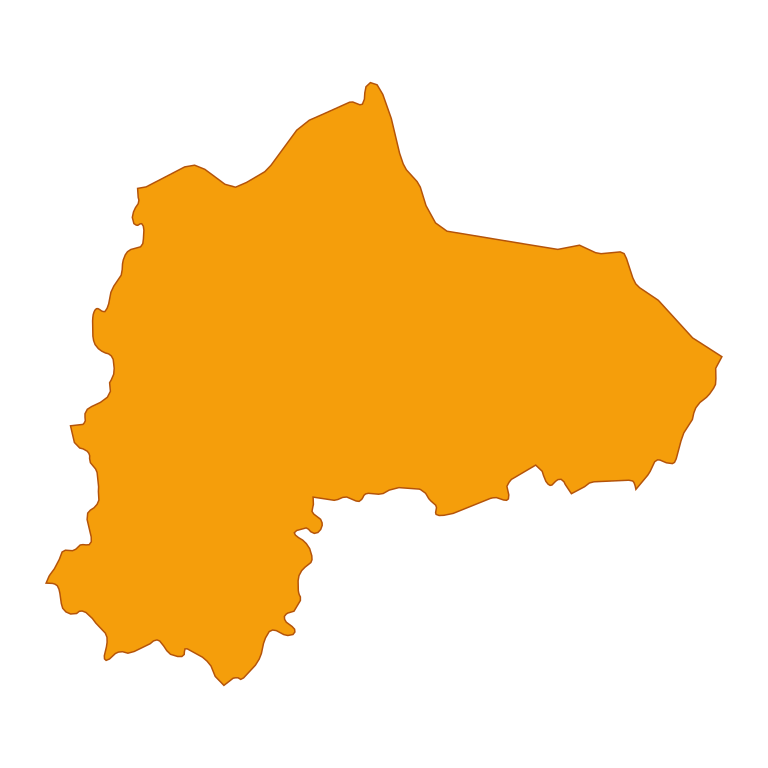 the County of Panevezio
{"feature_id": "LTU-1071", "entity_name": "Panevezio", "entity_type": "County", "adm_level": 1, "iso_a3": "LTU", "parent_name": "Lithuania", "parent_adm1": "", "projection": "albers", "projection_center": [24.625, 55.918], "detail": "fine", "context": "isolated", "style": "filled", "palette": "amber", "viewbox_px": 768, "rotation_deg": 0, "n_neighbors": 0, "source": "natural_earth", "source_scale": "10m", "svg_char_len": 4005}
<svg xmlns="http://www.w3.org/2000/svg" viewBox="0 0 768 768"><path d="M370.4,82.6L377.1,84.8L382.8,94.4L391.3,118.5L399.6,153.3L403.2,163.9L406.4,169.8L417.1,181.6L420.3,187.1L426.0,205.6L435.5,222.9L447.0,231.2L523.9,243.9L557.8,249.4L579.5,245.2L595.6,252.7L601.1,253.7L620.2,251.9L624.1,253.6L626.5,258.6L632.8,277.9L635.7,283.8L639.6,287.7L658.3,300.3L667.8,310.7L692.6,337.9L721.9,356.7L715.7,368.3L715.9,378.6L715.5,384.4L713.6,388.2L709.7,393.8L706.5,397.3L699.9,402.5L695.8,407.8L693.8,413.0L692.4,419.5L683.8,432.9L681.0,440.9L676.2,458.9L674.5,462.4L672.4,463.6L666.4,462.8L660.1,460.1L657.6,459.8L654.7,461.7L650.2,471.3L647.8,475.1L635.9,489.4L635.2,486.1L634.7,484.5L633.9,482.4L632.7,481.0L628.8,480.2L593.9,481.8L589.4,483.0L584.6,486.7L571.4,493.7L565.2,484.4L564.0,481.8L561.1,479.3L557.9,479.6L555.6,481.3L552.0,485.0L550.1,485.4L548.1,484.2L545.9,481.4L543.5,475.5L542.2,471.3L535.7,465.1L511.4,479.4L509.1,482.2L506.9,486.3L508.8,494.9L508.4,498.9L506.6,500.3L503.6,500.0L496.5,497.6L492.9,497.8L490.4,498.4L453.2,513.4L443.9,515.3L439.1,515.5L436.1,514.4L435.6,512.6L436.5,507.6L435.7,505.2L430.9,501.0L428.8,498.7L426.3,494.4L425.4,493.1L420.6,489.6L419.3,489.1L398.9,487.6L389.2,490.1L383.2,493.5L378.6,494.2L368.4,493.3L365.6,493.9L363.9,495.4L362.9,497.5L361.7,499.4L359.1,501.4L356.1,501.0L346.7,497.0L342.7,497.4L337.9,499.5L334.2,500.3L313.1,497.1L313.4,504.4L312.8,507.0L312.0,511.4L313.8,514.1L320.6,519.3L322.1,522.8L322.2,525.4L320.7,529.5L317.9,532.5L314.3,533.4L310.7,531.7L308.5,529.2L306.2,527.9L296.7,530.5L294.3,532.8L295.4,535.1L298.5,537.6L302.7,540.1L306.4,543.7L309.7,548.7L311.8,555.8L312.0,559.7L310.9,562.5L305.0,567.2L301.7,570.6L299.0,575.6L298.1,580.8L298.3,590.5L298.7,592.8L299.3,594.8L300.4,596.9L300.4,600.5L294.0,611.2L287.7,613.1L286.1,614.2L284.4,616.4L284.6,619.3L286.3,622.2L292.2,626.6L294.6,629.2L294.9,632.0L293.0,634.5L287.8,635.5L283.8,634.6L276.3,630.6L272.6,630.0L269.2,631.6L265.5,637.9L263.5,643.5L261.4,653.5L259.2,659.1L255.4,665.2L243.6,677.9L240.7,679.4L238.1,677.8L235.5,677.8L233.2,678.2L223.9,685.4L215.2,676.4L211.0,666.0L207.0,661.1L202.5,657.2L187.2,648.8L185.0,648.9L184.4,651.7L184.2,654.5L181.9,656.5L177.6,656.5L170.5,654.3L166.8,650.7L163.7,646.0L159.7,641.0L157.0,639.9L153.5,640.9L150.2,643.7L134.2,651.5L127.9,653.2L122.5,651.7L118.4,652.1L115.4,653.5L109.5,659.0L106.1,660.4L104.5,658.9L104.3,655.8L106.4,647.0L107.1,642.3L107.0,637.3L105.3,633.1L95.9,623.2L92.4,618.5L86.0,612.5L82.2,611.0L79.3,611.3L76.6,613.5L70.6,614.0L65.9,611.9L62.7,608.3L61.3,603.5L59.9,593.4L59.0,589.3L57.3,585.7L54.7,584.0L52.4,583.4L46.1,583.1L49.1,576.1L50.5,574.0L54.3,568.9L59.3,559.4L62.1,552.0L65.4,550.2L72.5,550.7L75.7,549.3L80.2,545.0L82.9,544.6L86.1,544.9L89.2,544.7L91.3,541.7L91.2,536.9L87.1,519.5L87.7,513.1L90.4,510.1L94.0,507.8L97.1,504.3L98.9,500.1L98.4,491.5L98.6,486.8L97.1,472.5L95.6,469.0L90.4,462.7L89.6,458.6L89.7,455.8L88.9,453.4L87.2,451.2L83.1,448.9L79.7,448.0L74.4,442.5L70.5,425.8L82.9,424.4L84.0,423.3L85.3,420.8L85.0,417.2L85.0,413.7L87.3,409.3L91.5,406.6L100.4,402.4L107.4,397.2L110.4,391.3L109.6,382.7L111.2,380.0L113.7,374.2L114.2,368.4L113.2,359.4L111.3,355.9L108.5,353.8L105.5,353.0L101.8,351.2L98.4,348.7L95.1,344.6L93.6,340.5L92.9,336.2L92.6,321.0L92.8,317.6L93.2,314.6L94.0,312.1L94.9,310.2L96.4,308.7L97.9,308.6L99.6,309.5L101.6,311.0L103.1,311.5L104.9,311.6L107.1,308.3L108.7,303.8L110.9,292.3L113.8,286.1L121.2,275.2L122.2,269.7L122.5,263.9L123.3,259.9L125.3,254.8L127.5,251.7L130.8,249.5L140.6,246.8L142.8,243.6L143.4,239.0L143.9,230.2L143.3,226.1L141.7,223.7L140.2,223.8L137.8,225.3L136.2,225.1L133.9,223.6L132.3,217.4L133.5,211.9L135.5,207.6L138.2,203.7L138.9,200.2L138.2,197.4L137.6,188.4L146.1,186.9L184.7,166.9L194.6,165.2L204.8,169.3L225.0,184.3L235.5,187.2L246.4,182.5L264.8,171.7L270.9,165.4L275.6,159.0L296.7,130.2L309.3,120.2L320.9,115.1L349.6,102.2L352.8,102.0L359.9,104.8L362.4,104.2L364.4,99.2L364.8,92.9L366.0,86.7L370.4,82.6Z" fill="#f59e0b" stroke="#b45309" stroke-width="1.5"/></svg>